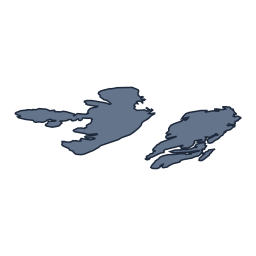 Træna nor, Norway
{"feature_id": "86288312B36206301754919", "entity_name": "Træna nor", "entity_type": "district", "adm_level": 2, "iso_a3": "NOR", "parent_name": "Norway", "parent_adm1": "", "projection": "robinson", "projection_center": [12.061, 66.501], "detail": "fine", "context": "isolated", "style": "filled", "palette": "slate", "viewbox_px": 256, "rotation_deg": 0, "n_neighbors": 0, "source": "geoboundaries", "source_scale": "gbopen_adm2", "svg_char_len": 5942}
<svg xmlns="http://www.w3.org/2000/svg" viewBox="0 0 256 256"><path d="M132.2,87.4L117.2,87.7L111.4,88.8L110.1,88.6L102.6,90.4L100.4,91.2L98.6,92.4L98.4,93.7L100.2,95.5L100.1,96.9L104.1,99.8L105.9,100.1L107.6,100.9L110.9,103.7L110.3,104.2L109.3,104.3L106.2,103.0L92.1,100.6L87.2,100.5L84.4,101.2L84.3,101.8L86.0,103.1L86.0,103.5L86.4,103.7L86.1,104.1L87.5,104.8L95.5,106.2L97.7,106.2L97.2,106.9L90.1,108.4L89.4,109.7L88.6,109.9L88.0,111.0L87.9,112.4L88.3,113.2L86.9,113.4L86.7,113.6L87.0,113.9L86.2,114.3L77.3,113.6L74.5,115.8L73.9,115.9L73.7,115.7L74.9,114.6L74.7,114.2L66.0,111.7L62.9,111.3L60.9,111.9L55.0,111.6L54.5,111.5L54.7,110.5L54.2,110.2L49.5,110.8L48.8,110.2L46.2,109.2L39.2,108.6L36.1,109.7L32.8,109.5L32.5,110.0L27.7,109.7L26.0,110.1L26.6,110.6L25.5,110.2L20.9,110.7L15.9,112.6L15.4,113.2L15.4,113.8L16.6,114.6L20.4,115.8L20.3,116.3L17.6,116.9L18.8,117.8L25.4,119.4L32.9,120.3L33.4,120.6L34.0,121.7L35.7,122.3L38.5,121.9L42.9,122.3L45.8,121.3L46.7,120.3L50.1,119.2L52.6,120.2L56.3,120.6L54.9,121.1L48.2,121.4L47.7,123.3L45.6,124.5L45.4,125.2L46.3,126.0L52.2,127.2L58.1,126.2L59.9,125.2L60.1,124.3L61.8,123.3L61.5,122.4L60.3,121.3L61.5,120.9L62.1,121.2L66.7,120.6L68.2,120.0L68.4,119.5L71.4,119.7L71.7,120.6L72.9,120.9L75.9,120.2L77.4,118.9L78.3,118.9L78.6,119.9L79.0,120.3L80.3,120.6L81.8,119.8L82.6,118.3L83.7,118.0L88.3,118.4L89.6,118.1L91.9,118.9L92.3,119.2L91.5,120.0L91.7,121.0L90.9,122.9L86.4,125.4L86.6,127.4L84.7,127.9L84.7,128.4L84.3,128.6L81.7,128.0L77.9,128.1L73.6,130.1L73.3,130.6L74.4,131.7L85.6,133.7L86.7,134.3L89.2,134.5L97.5,133.7L96.6,134.3L96.9,134.6L91.2,135.8L86.0,136.0L85.0,136.7L85.3,136.9L85.2,137.3L86.0,137.7L87.8,138.1L93.8,137.8L94.8,138.3L94.8,138.8L90.1,140.0L88.7,139.4L87.7,139.5L81.2,138.4L80.7,139.2L80.9,140.1L80.2,140.2L80.7,141.0L79.4,141.3L75.7,140.6L74.4,141.0L73.0,140.6L70.9,141.9L67.5,142.2L63.9,141.4L62.0,141.5L62.0,142.1L62.6,142.7L61.8,144.6L62.6,145.7L68.9,148.6L69.5,149.9L70.2,150.3L73.4,151.3L73.4,152.3L75.9,154.2L81.0,154.7L84.5,154.0L93.5,150.3L98.7,147.3L100.6,145.6L118.4,139.6L121.5,137.7L129.9,134.7L133.7,132.2L138.7,128.0L141.0,125.4L142.1,122.7L142.8,121.9L148.2,118.7L151.6,115.4L154.5,113.9L154.7,113.1L154.2,113.0L150.3,113.8L148.6,113.5L152.8,110.1L151.5,109.1L150.9,109.8L149.8,110.0L146.8,107.7L146.4,108.0L147.3,108.5L147.0,108.6L148.9,110.7L147.0,111.2L144.6,109.9L137.0,110.4L134.0,108.4L135.1,106.8L134.8,106.5L135.0,106.3L134.0,105.9L134.6,104.2L136.3,103.4L137.8,103.7L137.2,102.6L136.5,102.5L136.4,102.1L136.9,101.6L138.4,101.1L140.6,101.3L142.6,103.0L142.7,102.5L141.4,101.1L144.1,100.5L145.1,99.5L144.2,99.1L141.9,99.4L141.2,99.0L140.9,98.4L141.4,98.0L140.8,97.5L142.6,97.5L143.1,97.0L142.3,96.6L140.8,97.0L139.7,96.7L138.1,95.0L138.0,92.8L138.6,91.8L138.7,90.9L138.1,89.8L132.2,87.4ZM226.2,106.7L222.9,106.8L223.0,107.5L222.7,107.6L223.9,107.8L225.6,108.8L225.7,109.2L221.7,109.6L216.2,108.9L214.8,109.1L214.9,109.8L219.0,110.6L218.4,111.3L213.0,110.8L206.1,112.0L205.5,112.0L205.6,111.2L207.6,110.5L201.2,110.5L189.1,112.5L185.8,113.7L182.5,117.2L182.9,117.9L182.3,118.0L181.7,118.7L188.5,117.3L187.6,118.8L185.6,120.3L184.5,120.0L185.4,119.3L183.8,119.4L181.2,120.9L181.4,121.2L173.9,123.8L170.7,125.5L168.7,128.5L168.9,130.7L166.2,133.3L166.9,134.1L171.2,134.0L166.2,136.0L165.8,136.8L166.2,138.1L167.4,138.4L175.8,136.4L176.7,136.5L160.6,142.5L158.7,144.1L157.3,144.7L153.0,149.2L153.3,149.9L152.9,150.1L153.0,150.5L155.7,150.8L153.5,151.7L153.1,152.2L153.0,153.3L150.4,153.9L148.5,155.6L146.6,156.2L146.3,157.0L147.5,158.2L145.4,158.9L145.5,159.3L147.2,159.8L148.8,159.4L149.6,158.8L148.9,158.5L150.5,157.3L152.2,157.1L160.7,153.0L163.8,152.5L164.2,152.0L163.7,150.8L164.8,149.7L183.3,145.1L180.5,147.0L181.6,148.0L181.4,148.8L181.7,148.9L181.3,149.2L181.6,149.8L175.0,150.1L170.0,151.6L172.0,152.5L174.0,152.8L188.2,152.2L197.7,150.6L200.3,150.7L190.1,153.3L191.7,154.0L185.8,154.4L185.6,153.6L180.0,153.7L175.2,154.4L167.7,154.7L162.3,156.1L159.8,157.4L158.4,159.0L155.3,161.0L154.9,161.9L152.1,165.0L150.8,167.3L152.2,168.4L156.9,168.6L159.8,167.5L160.2,165.8L162.9,164.2L163.3,164.2L163.2,164.8L161.3,166.2L162.0,166.4L162.5,167.5L163.5,167.7L167.6,166.9L168.4,166.0L172.9,163.7L179.5,162.1L180.3,161.4L180.1,161.2L180.6,160.4L183.9,159.5L191.7,158.1L195.5,156.5L198.1,156.1L200.5,154.4L201.1,153.3L204.2,154.1L199.5,158.3L199.0,160.3L199.9,160.6L201.9,160.5L203.6,159.6L209.4,155.0L209.7,153.8L211.4,152.6L211.6,151.8L212.7,150.9L212.9,150.2L215.1,149.1L208.7,150.0L208.3,150.3L208.2,151.1L205.6,152.0L204.6,153.2L202.2,152.8L201.8,152.5L202.4,151.3L201.6,150.1L203.0,149.7L202.2,149.4L202.4,149.1L204.6,149.0L205.6,146.8L206.1,146.8L206.5,145.9L205.0,145.2L205.1,144.0L205.6,143.5L205.4,143.2L202.9,142.6L196.2,144.3L195.0,146.3L196.8,146.7L196.4,147.5L193.7,147.6L191.4,148.7L187.2,149.6L182.3,149.5L182.0,148.8L182.8,148.0L187.0,148.1L189.6,147.3L193.3,144.9L193.5,144.0L194.3,143.2L193.9,143.2L194.7,140.8L201.5,139.6L201.8,139.9L198.3,140.9L197.2,142.1L198.6,142.4L204.3,141.7L205.3,140.8L205.5,140.2L205.2,140.2L205.1,139.6L206.3,138.1L205.3,137.1L206.7,136.8L208.4,137.5L209.7,137.3L215.1,134.5L215.8,133.7L217.8,134.4L217.8,135.0L215.1,135.5L207.2,139.6L207.3,140.6L207.7,141.0L208.1,142.9L210.0,143.2L212.6,142.4L214.6,140.7L218.5,138.6L221.0,136.0L222.6,135.3L224.1,132.8L224.6,132.9L225.2,132.3L225.0,132.0L225.6,132.1L225.9,131.6L225.2,131.5L225.8,130.8L230.4,129.6L233.7,126.7L234.6,126.7L234.8,126.0L234.0,125.9L234.7,125.5L234.4,125.2L229.8,125.4L228.1,125.9L227.3,125.3L228.4,124.0L229.1,123.8L231.1,124.6L233.7,124.7L235.1,124.0L235.1,122.5L234.7,122.5L235.1,121.6L237.9,120.6L237.6,120.3L240.1,118.6L239.8,118.5L240.6,117.5L238.2,116.3L236.6,116.2L235.1,116.8L233.6,116.5L233.2,116.2L233.4,115.8L234.4,115.5L234.6,115.0L233.1,114.4L235.9,114.4L236.2,113.8L234.1,111.8L233.6,110.5L233.1,110.4L233.3,109.3L230.8,108.8L230.7,108.1L229.6,107.1L226.7,107.0L226.2,106.7Z" fill="#64748b" stroke="#1e293b" stroke-width="1.5"/></svg>